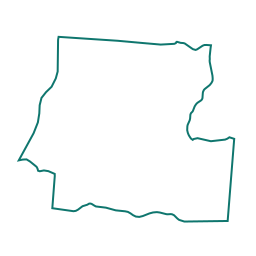 Collines, orthographic projection, rotated 94°
{"feature_id": "BEN-2171", "entity_name": "Collines", "entity_type": "Department", "adm_level": 1, "iso_a3": "BEN", "parent_name": "Benin", "parent_adm1": "", "projection": "orthographic", "projection_center": [2.189, 8.101], "detail": "fine", "context": "isolated", "style": "outline", "palette": "teal", "viewbox_px": 256, "rotation_deg": 94, "n_neighbors": 0, "source": "natural_earth", "source_scale": "10m", "svg_char_len": 1586}
<svg xmlns="http://www.w3.org/2000/svg" viewBox="0 0 256 256"><g transform="rotate(94 128 128)"><path d="M206.1,160.8L206.1,161.4L207.4,163.3L209.2,167.9L212.9,172.1L214.3,174.3L214.8,176.6L213.3,197.9L213.2,197.9L181.0,197.7L178.9,197.9L176.6,204.4L176.2,208.9L177.3,213.0L176.9,214.7L174.7,215.5L173.1,216.5L168.2,223.5L166.4,227.0L166.8,230.7L167.9,234.7L139.8,221.8L128.7,218.3L119.6,217.5L111.4,217.7L104.0,216.4L98.0,212.3L92.2,207.1L83.6,203.5L76.6,202.1L45.0,203.9L41.9,203.6L41.9,200.8L41.8,169.5L41.7,144.5L42.2,119.3L42.5,101.2L40.8,87.7L40.0,86.2L39.1,85.9L38.6,85.2L39.4,81.4L39.4,78.7L39.7,77.3L44.8,68.8L45.4,66.0L44.7,64.5L40.7,59.3L39.9,57.6L39.7,55.7L39.7,51.0L42.5,51.2L50.9,51.5L53.8,51.2L54.6,51.3L56.4,51.1L69.9,47.4L72.5,47.0L74.4,46.9L75.4,47.1L77.0,47.8L78.4,48.7L79.6,49.6L83.8,54.2L84.4,54.7L85.1,55.1L86.0,55.4L86.8,55.7L87.8,55.8L92.6,55.8L93.5,55.9L94.2,56.2L94.9,56.6L95.5,57.2L97.8,60.2L98.9,61.3L100.3,62.2L101.8,63.0L106.3,64.4L107.0,64.7L108.8,66.2L109.6,66.5L110.4,66.7L114.2,66.7L116.1,67.0L120.4,68.6L121.3,68.8L122.3,68.9L126.0,68.8L128.6,68.0L130.5,67.1L131.9,66.2L134.1,64.5L135.3,62.6L134.4,61.7L133.3,57.9L135.4,44.4L132.8,30.3L131.7,28.1L130.2,26.2L131.4,21.3L213.8,22.1L217.0,60.6L217.4,65.2L216.1,70.6L214.9,72.4L211.8,76.0L211.0,78.0L210.9,79.4L211.3,82.3L211.3,83.7L210.1,90.3L209.9,93.3L210.5,97.1L211.7,100.6L214.8,107.1L215.9,110.5L215.8,114.0L214.6,116.9L213.0,119.5L211.7,122.2L211.3,125.1L211.0,134.5L209.0,144.5L208.5,154.5L207.9,155.9L206.3,158.9L206.0,160.1L206.1,160.8Z" fill="none" stroke="#0f766e" stroke-width="2"/></g></svg>